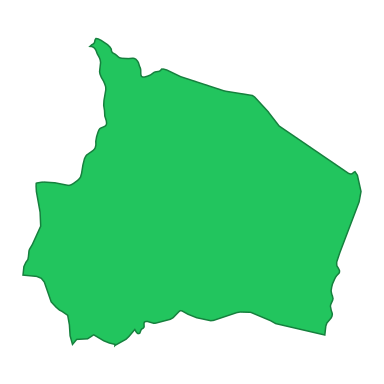 the State of Negeri Sembilan
{"feature_id": "MYS-1146", "entity_name": "Negeri Sembilan", "entity_type": "State", "adm_level": 1, "iso_a3": "MYS", "parent_name": "Malaysia", "parent_adm1": "", "projection": "mercator", "projection_center": [102.11, 2.837], "detail": "fine", "context": "isolated", "style": "filled", "palette": "green", "viewbox_px": 384, "rotation_deg": 0, "n_neighbors": 0, "source": "natural_earth", "source_scale": "10m", "svg_char_len": 2662}
<svg xmlns="http://www.w3.org/2000/svg" viewBox="0 0 384 384"><path d="M114.9,345.5L115.0,344.4L109.3,343.0L103.8,340.8L93.7,334.8L87.6,338.8L76.7,339.4L72.5,344.4L70.1,335.8L69.4,324.8L67.7,315.3L61.9,311.3L59.5,310.1L56.2,307.3L51.2,301.9L44.3,282.0L41.3,278.3L36.7,276.4L23.0,275.1L23.9,266.6L25.9,262.3L27.9,259.5L28.4,256.9L29.0,250.9L29.5,249.3L32.4,244.4L40.7,226.2L40.1,212.2L36.4,191.6L36.1,186.3L36.2,183.3L36.8,183.0L41.6,182.2L44.5,182.1L55.0,182.8L67.7,185.3L69.1,185.4L71.1,184.8L73.4,183.5L77.6,180.4L79.4,178.6L80.5,177.1L81.6,173.3L82.9,165.1L84.5,158.7L85.4,156.9L86.1,155.7L86.8,154.9L93.2,150.4L94.4,149.1L95.2,147.8L95.8,145.4L95.9,144.1L95.8,141.3L96.6,136.7L98.0,132.2L98.9,130.0L99.9,128.6L100.9,128.0L103.6,126.9L105.5,125.9L106.3,124.7L106.6,123.3L106.3,120.8L104.8,116.0L104.5,110.5L103.7,105.3L104.0,100.3L105.8,89.7L105.7,87.0L105.4,85.9L104.6,83.6L104.1,82.5L103.7,81.4L101.4,77.5L100.1,74.3L99.8,73.0L99.6,71.6L100.6,62.5L100.4,61.2L100.2,59.9L99.4,57.7L97.2,53.7L96.0,50.4L94.8,48.5L94.0,47.7L92.1,46.6L90.0,46.4L91.7,44.8L92.6,44.3L93.6,43.7L94.3,42.8L94.7,41.7L94.9,40.5L95.3,39.4L96.0,38.5L98.1,38.9L101.2,40.4L107.6,44.7L110.0,47.1L111.3,49.2L111.4,50.6L111.8,51.7L112.4,52.6L113.3,53.2L115.3,54.3L117.0,55.7L117.7,56.4L118.9,57.4L120.1,57.9L122.0,58.3L128.4,58.6L133.0,58.2L134.4,58.5L135.8,59.2L137.5,61.1L138.4,62.6L139.6,66.5L140.1,67.5L140.5,68.7L140.7,69.9L140.8,74.0L141.0,75.3L141.5,76.4L142.6,77.0L144.2,77.1L147.4,76.2L150.6,74.9L153.3,72.9L154.2,72.3L155.4,71.9L159.2,71.3L160.2,70.7L160.9,70.0L161.6,69.1L163.6,69.1L166.8,70.0L180.7,76.7L223.5,90.7L226.1,91.3L252.4,95.5L254.7,97.1L268.3,111.9L268.9,112.8L279.1,126.0L348.4,173.3L349.5,173.7L350.5,174.0L351.7,173.9L352.6,173.4L353.3,172.7L354.2,172.1L355.0,171.7L357.4,175.3L361.0,191.5L359.1,201.9L339.8,252.7L336.7,262.0L336.7,263.7L336.8,265.7L338.4,268.3L339.5,270.6L339.5,272.0L339.1,273.1L336.8,275.5L335.7,277.0L334.6,279.1L332.5,283.9L331.7,287.0L331.1,290.8L331.4,292.5L331.8,294.4L332.4,295.9L333.0,298.6L332.6,300.3L330.7,304.6L330.4,306.2L331.2,310.3L332.2,313.3L332.3,314.5L331.9,316.4L331.1,318.0L326.9,323.0L325.8,326.1L324.8,335.0L275.7,323.6L270.6,320.7L250.7,312.3L240.2,312.0L236.8,312.6L213.5,320.4L210.7,320.7L196.6,317.7L187.9,314.2L182.0,310.9L180.8,310.7L180.0,310.8L178.9,311.7L173.2,317.6L171.9,318.4L170.3,319.3L155.8,323.1L153.8,323.3L147.2,321.4L145.5,321.6L144.5,322.0L144.2,322.6L144.0,323.4L144.1,326.9L143.6,327.7L143.0,328.3L141.8,329.0L141.0,330.0L139.8,333.1L138.8,333.6L137.7,333.5L136.8,332.7L136.1,331.8L134.8,329.5L129.0,336.4L126.1,339.2L115.0,345.4L114.9,345.5Z" fill="#22c55e" stroke="#15803d" stroke-width="1.5"/></svg>